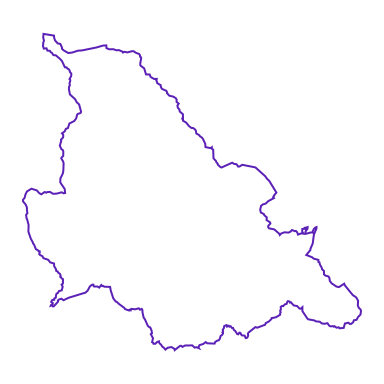 Bisoca, Buzau, Romania
{"feature_id": "2599482B15447041299262", "entity_name": "Bisoca", "entity_type": "district", "adm_level": 2, "iso_a3": "ROU", "parent_name": "Romania", "parent_adm1": "Buzau", "projection": "albers", "projection_center": [26.695, 45.563], "detail": "fine", "context": "isolated", "style": "outline", "palette": "violet", "viewbox_px": 384, "rotation_deg": 0, "n_neighbors": 0, "source": "geoboundaries", "source_scale": "gbopen_adm2", "svg_char_len": 5845}
<svg xmlns="http://www.w3.org/2000/svg" viewBox="0 0 384 384"><path d="M241.0,334.4L242.0,335.4L244.6,335.6L245.7,338.1L246.8,337.9L247.4,337.4L248.2,335.4L247.9,333.6L248.6,332.5L255.4,327.1L257.2,327.7L265.2,324.7L265.7,323.1L268.7,321.6L271.3,319.2L271.6,318.1L275.9,317.3L280.1,314.8L280.1,313.3L280.7,312.2L280.1,310.8L280.9,309.4L280.7,307.0L282.0,305.9L283.1,306.2L284.8,304.4L286.6,303.9L287.4,301.6L288.0,301.1L289.6,301.6L290.0,302.6L290.9,302.3L293.7,305.4L297.2,306.1L299.6,308.7L300.7,308.7L302.4,307.2L302.4,311.1L307.4,318.6L308.2,319.3L314.2,320.4L316.1,321.4L319.7,321.7L321.8,323.4L324.3,323.8L327.5,323.2L329.2,325.7L330.5,326.4L332.9,326.1L333.7,326.7L334.6,326.2L336.5,327.7L338.7,327.3L339.5,328.3L343.7,327.9L344.9,323.5L348.5,322.7L349.6,323.9L351.2,323.9L353.1,322.3L353.9,320.3L356.6,319.8L358.0,317.1L360.5,314.5L361.0,310.9L360.5,309.4L358.8,307.9L357.8,305.3L358.1,300.9L356.8,298.3L355.5,296.8L353.0,295.3L350.9,292.8L344.9,285.4L344.2,283.7L339.0,287.1L336.5,286.6L331.7,283.4L329.8,280.9L329.4,277.9L328.4,276.4L325.4,275.6L324.0,274.4L323.9,270.8L322.1,269.4L321.9,268.1L319.9,264.4L319.4,262.3L318.4,261.9L318.4,259.9L313.6,258.6L312.2,257.3L306.3,255.0L310.4,250.0L310.4,248.9L312.7,243.6L313.9,234.6L316.5,228.4L316.5,227.1L315.2,227.6L313.8,229.1L312.8,231.2L312.7,232.7L311.0,232.4L305.9,233.8L305.3,233.5L305.6,231.4L307.5,228.7L307.6,227.1L305.5,227.9L305.2,228.6L304.8,227.8L304.4,228.0L303.9,228.8L302.3,229.0L302.2,231.6L303.5,233.7L301.2,233.4L298.0,234.6L297.2,232.3L295.8,230.9L294.5,231.1L292.0,230.0L290.5,231.6L288.6,232.6L284.5,232.3L281.2,233.5L279.8,235.0L279.3,233.8L274.3,229.4L268.9,228.3L268.1,226.8L268.4,225.6L270.4,223.6L270.1,222.4L266.5,220.0L266.8,217.4L264.4,215.4L263.8,214.0L260.8,212.5L260.2,209.6L261.1,205.8L262.9,204.4L265.7,203.6L268.3,201.1L273.9,198.1L273.1,197.2L273.8,196.5L273.8,195.7L276.4,192.6L269.2,180.8L267.2,179.0L265.3,176.3L255.4,167.4L242.2,164.8L239.5,166.5L238.2,166.6L236.5,164.2L234.0,163.9L232.2,162.7L221.5,167.5L220.3,167.0L217.8,164.6L217.6,163.5L216.5,162.4L215.9,160.9L213.5,158.4L213.2,149.7L211.7,148.6L211.8,147.3L210.5,148.1L205.5,147.1L205.2,143.7L202.9,138.8L201.7,137.4L200.0,136.3L199.2,135.1L196.3,133.5L195.9,130.8L195.2,129.6L193.3,128.1L191.3,127.9L188.8,125.9L186.2,122.6L183.0,120.7L183.0,118.6L182.3,118.5L183.0,117.0L182.9,114.2L179.7,111.5L179.5,109.6L177.9,107.8L177.4,105.6L178.7,103.6L176.6,101.9L176.6,99.5L175.7,98.1L173.2,96.6L169.3,95.7L167.0,93.1L167.1,92.3L166.3,90.8L162.0,88.9L160.9,87.2L160.7,85.2L157.2,83.1L156.9,81.4L156.3,80.6L156.7,78.9L154.2,79.0L151.7,77.6L150.5,76.8L149.7,74.5L146.0,74.4L144.2,68.4L140.4,65.5L140.2,63.8L141.2,58.1L140.9,57.2L140.2,56.9L139.9,55.2L139.2,54.0L135.9,52.8L133.8,51.3L132.0,51.2L127.3,52.4L124.3,51.8L123.0,52.5L122.6,51.7L118.9,50.1L116.5,50.3L113.3,49.2L109.4,49.3L106.5,48.2L106.3,45.4L102.9,45.6L96.3,47.5L82.1,50.4L77.9,50.7L72.0,52.6L68.3,53.0L63.7,50.4L62.0,48.8L61.9,47.3L60.3,43.9L57.7,43.4L55.1,40.5L54.2,38.0L54.0,35.6L43.5,33.9L43.2,37.7L44.0,40.6L43.1,43.1L43.3,44.1L42.9,45.8L43.8,48.6L46.5,48.3L47.4,50.6L49.8,50.8L50.7,52.2L51.8,52.7L53.4,55.1L55.8,55.3L60.0,58.9L62.0,61.1L64.9,67.3L66.6,67.4L67.2,68.4L68.8,69.3L69.6,70.4L69.8,71.8L71.3,73.6L71.2,76.0L69.5,79.1L70.1,79.6L70.3,80.8L69.5,83.4L69.9,85.3L69.1,86.6L68.9,88.8L69.9,94.4L75.2,99.3L76.7,102.2L79.1,104.4L81.1,111.8L80.5,113.0L77.7,114.0L77.1,114.8L76.2,118.3L74.3,121.0L69.4,123.5L67.9,128.1L65.9,128.8L64.6,131.5L62.0,133.3L63.2,134.7L63.2,136.8L62.9,137.7L61.0,139.6L61.2,141.1L59.8,145.7L61.4,149.1L62.9,150.2L63.3,151.4L63.2,156.0L61.5,157.6L61.3,158.5L63.1,161.4L63.6,163.2L63.5,166.2L63.3,171.1L62.7,173.8L60.4,178.4L60.3,182.5L64.7,189.0L65.1,193.0L63.4,193.3L62.1,192.4L61.2,192.4L57.3,193.5L53.9,193.8L52.9,193.7L50.0,191.9L47.2,192.1L46.4,192.7L44.7,192.0L41.3,194.3L39.3,193.2L36.8,190.4L31.4,188.7L26.9,191.5L25.5,194.4L24.6,197.9L23.1,199.6L23.0,201.3L25.7,204.6L26.9,207.4L26.9,209.6L27.4,213.1L26.1,214.9L26.6,218.5L27.1,219.2L28.6,225.0L28.4,231.7L30.9,238.9L32.8,242.3L33.0,243.3L34.1,244.7L35.9,249.2L37.9,250.2L38.6,251.3L39.6,251.2L39.8,252.4L39.2,254.0L39.9,254.9L42.4,256.2L43.5,258.2L48.2,259.8L50.2,262.4L54.0,263.5L54.2,266.2L56.0,269.3L56.2,270.9L57.7,271.5L58.1,272.6L59.9,273.8L60.6,275.4L60.2,276.8L61.2,277.4L61.6,278.4L63.0,279.2L62.9,283.6L61.6,284.6L62.7,286.7L61.7,290.4L59.0,291.0L58.0,292.8L56.5,293.7L55.9,295.8L55.9,297.5L54.3,298.5L54.2,299.8L52.3,300.0L51.4,301.4L51.2,302.0L52.8,303.1L52.7,304.1L50.9,305.2L50.7,305.8L51.9,305.4L52.9,306.4L53.7,306.4L58.0,301.7L57.9,300.4L59.0,299.5L61.4,298.7L63.5,300.2L68.8,297.7L85.5,292.6L87.6,290.7L89.9,286.4L92.1,284.7L93.4,284.7L93.7,286.3L94.2,286.5L97.5,286.5L99.2,287.6L101.3,285.0L102.2,286.1L103.1,285.9L104.3,286.7L110.1,286.9L110.7,290.3L113.3,298.4L115.7,301.5L116.8,301.9L118.9,303.9L124.2,307.8L125.1,309.1L129.0,310.5L129.3,309.8L130.4,309.6L130.8,310.1L131.3,308.9L135.2,309.3L138.8,308.3L140.0,309.7L141.7,308.9L142.4,310.0L142.5,312.3L143.6,317.5L144.9,319.3L147.8,325.8L149.3,327.2L150.2,327.4L151.5,330.3L152.0,333.2L150.8,334.1L153.0,338.2L152.1,342.2L153.4,343.0L153.5,343.7L155.3,343.8L157.4,341.8L159.0,341.4L158.9,342.2L159.6,343.4L161.1,344.7L162.4,346.8L163.6,347.5L165.4,349.6L167.8,347.7L171.5,347.1L174.4,348.8L174.7,350.1L180.0,345.9L181.2,345.8L182.5,346.9L185.0,345.5L192.3,345.4L194.6,347.6L196.5,347.2L198.9,348.2L198.4,347.4L199.5,345.1L203.2,344.0L205.7,342.1L207.3,343.3L214.6,343.6L215.1,342.1L216.9,340.8L218.7,340.3L219.8,338.9L220.6,336.0L222.2,334.8L223.0,333.4L223.0,332.6L222.5,332.3L223.1,331.1L222.7,329.9L223.9,328.0L224.2,326.1L226.1,325.2L226.6,325.1L227.0,326.6L228.7,325.7L229.4,326.7L230.6,326.2L232.0,328.0L233.1,328.0L233.8,329.9L235.1,330.8L237.3,334.1L238.3,334.3L239.3,332.7L239.8,332.6L240.7,333.3L241.0,334.4Z" fill="none" stroke="#5b21b6" stroke-width="2"/></svg>